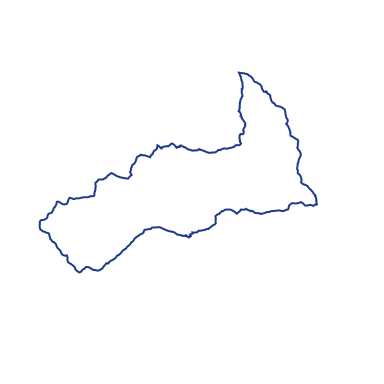 outline of Borca, Suceava, Romania, rotated 33°
{"feature_id": "2599482B12021264945319", "entity_name": "Borca", "entity_type": "district", "adm_level": 2, "iso_a3": "ROU", "parent_name": "Romania", "parent_adm1": "Suceava", "projection": "natural_earth1", "projection_center": [25.789, 47.198], "detail": "fine", "context": "isolated", "style": "outline", "palette": "blue", "viewbox_px": 384, "rotation_deg": 33, "n_neighbors": 0, "source": "geoboundaries", "source_scale": "gbopen_adm2", "svg_char_len": 6022}
<svg xmlns="http://www.w3.org/2000/svg" viewBox="0 0 384 384"><g transform="rotate(33 192 192)"><path d="M141.0,321.0L142.3,319.5L142.6,316.6L143.6,314.8L143.7,313.0L144.0,312.6L145.6,311.7L146.9,311.2L151.9,311.1L152.8,310.4L155.6,309.4L157.3,307.7L157.5,306.6L158.3,305.4L158.5,304.9L158.4,302.4L158.8,301.1L158.9,298.7L159.4,298.0L160.2,298.0L160.8,297.4L160.6,296.0L161.3,294.2L161.4,293.6L162.7,292.0L162.8,291.2L163.5,290.0L164.0,287.7L163.8,285.9L164.8,285.0L165.8,281.3L165.7,279.9L166.1,278.2L166.7,277.4L166.6,276.7L167.5,275.4L167.4,273.6L168.6,269.9L168.6,268.2L168.4,267.7L169.5,264.9L169.2,262.9L169.7,261.1L169.8,260.1L170.9,258.1L171.2,256.9L172.4,254.6L172.8,254.2L173.4,252.7L173.3,251.7L172.8,250.9L173.0,250.5L172.8,250.0L173.0,249.5L174.8,247.7L177.5,245.5L177.6,244.4L178.1,243.4L184.1,239.1L192.0,237.9L194.9,237.1L195.9,236.4L196.8,236.3L198.7,235.5L203.2,235.7L204.6,234.8L208.7,233.6L209.0,233.1L210.6,232.5L210.2,231.9L210.4,231.6L214.1,231.9L214.2,231.6L213.8,231.5L213.9,231.1L214.3,231.3L215.1,229.7L213.6,228.7L215.2,226.5L214.3,225.7L216.4,224.6L217.7,223.4L218.4,222.6L218.6,220.8L219.7,220.3L223.9,216.3L224.4,215.0L225.9,214.2L226.1,212.8L226.6,212.0L227.2,209.5L228.8,206.8L229.0,205.3L228.0,204.3L226.3,201.1L225.1,199.9L224.8,199.3L225.7,196.6L226.5,196.1L226.9,195.3L226.8,194.0L227.2,193.3L227.5,191.7L228.5,191.1L229.3,189.0L230.8,187.7L233.9,185.8L235.5,185.5L239.7,185.4L241.3,185.8L242.6,182.0L242.5,180.2L245.5,178.3L246.3,177.4L246.4,176.7L249.4,176.6L250.3,176.0L251.6,176.2L252.3,175.3L253.3,174.9L255.9,175.3L259.1,173.8L260.0,173.1L261.6,173.1L264.4,170.1L265.6,168.2L267.5,166.9L268.8,165.0L275.2,159.9L276.9,159.3L279.2,158.1L279.4,157.6L280.0,156.9L280.4,155.9L282.1,154.3L282.0,153.6L280.8,150.5L281.8,147.1L283.0,146.2L284.5,145.6L285.8,144.7L287.9,142.7L288.7,141.2L290.7,141.1L294.6,141.7L296.9,139.8L297.2,139.2L298.5,138.2L301.4,137.5L301.9,135.7L303.1,135.0L303.5,134.4L302.1,133.2L301.7,132.2L300.7,131.5L300.6,130.9L299.9,130.1L299.0,129.2L297.6,128.5L297.8,128.0L297.4,127.6L295.3,127.3L293.8,126.4L290.2,125.4L288.7,125.3L285.4,124.0L281.4,124.7L280.6,125.0L278.4,124.6L277.9,124.0L277.5,122.7L276.8,121.4L275.6,120.8L274.7,119.7L273.4,119.1L270.5,118.5L270.0,118.0L269.2,116.4L267.6,115.4L267.3,115.0L265.8,111.5L265.0,110.6L265.0,108.8L264.2,107.4L263.8,105.8L263.2,101.7L261.9,100.3L260.1,99.1L258.0,98.5L256.1,97.5L256.0,96.3L254.0,93.1L253.5,91.5L252.5,90.8L251.7,90.6L250.2,90.9L246.1,90.8L244.6,91.2L243.3,90.5L242.8,89.5L241.3,87.7L237.9,85.2L235.2,83.7L233.9,83.6L234.0,82.0L233.7,80.3L232.4,78.9L231.3,78.6L230.3,78.0L228.6,76.4L225.7,73.0L224.9,72.5L224.2,72.2L220.4,72.2L215.6,73.8L214.1,73.6L212.5,72.7L211.0,73.1L209.1,72.3L206.2,70.0L205.3,68.7L204.0,68.1L201.6,68.2L200.2,67.8L200.1,67.2L199.6,67.1L198.6,68.4L197.7,68.8L194.8,67.4L194.0,66.9L193.0,65.8L191.4,64.9L190.1,64.7L189.4,64.9L186.9,64.8L184.6,65.4L183.5,65.2L182.0,64.2L180.2,63.5L178.4,63.1L176.6,63.3L175.2,63.0L173.7,63.1L172.7,63.7L171.0,64.1L167.9,65.8L166.3,66.4L166.5,66.6L167.3,66.8L168.8,68.1L170.7,69.1L172.6,71.4L174.2,72.3L174.8,73.0L177.5,76.6L178.0,77.8L177.6,78.2L177.6,78.6L178.2,78.6L179.2,81.2L182.1,83.9L182.0,85.3L182.4,86.6L182.6,88.8L183.3,89.8L183.5,91.2L184.6,92.7L185.1,94.1L186.1,94.9L186.3,96.3L187.2,97.6L187.1,98.9L188.6,99.0L190.6,100.0L191.3,100.9L191.2,101.8L192.9,102.0L193.3,102.5L193.5,103.2L194.2,103.2L196.3,104.0L199.7,105.6L199.8,107.0L200.5,107.5L200.7,108.0L201.0,111.5L201.2,112.2L201.8,112.8L202.6,113.1L203.3,115.1L203.2,115.9L201.2,116.9L201.3,117.4L201.0,118.0L201.8,119.9L202.7,121.4L203.5,121.9L204.9,123.8L206.1,124.2L206.8,124.9L206.5,126.5L205.6,127.5L203.9,128.3L203.1,129.5L202.9,129.6L202.9,130.9L202.1,131.7L201.2,133.3L199.8,134.2L199.1,135.3L197.1,137.1L195.7,137.6L194.8,138.3L193.5,140.1L192.7,141.7L191.5,142.1L191.0,142.7L191.0,144.0L189.8,146.2L188.6,147.0L188.1,147.7L187.2,147.9L186.2,149.1L184.2,150.1L181.9,150.7L180.1,150.8L177.8,151.6L174.7,152.1L174.2,152.6L174.5,153.2L173.2,154.7L172.3,155.0L171.6,155.8L170.3,156.6L169.7,157.2L166.8,157.8L165.5,158.4L161.4,158.3L160.5,158.9L157.6,158.8L156.8,159.5L156.6,160.2L157.1,160.6L156.7,160.9L156.9,161.0L155.6,162.3L155.4,162.1L155.1,162.3L154.9,162.6L155.2,163.1L154.9,163.4L152.9,162.4L149.2,162.0L148.6,162.9L148.3,162.9L147.4,166.2L147.0,166.8L146.6,166.7L143.2,169.8L142.4,171.1L142.4,171.4L142.8,171.9L142.4,172.3L139.4,171.6L137.6,171.6L138.9,174.8L138.5,177.0L137.7,178.4L138.0,180.3L137.9,181.0L138.4,181.5L137.7,183.4L137.7,184.9L138.0,185.5L132.1,187.1L130.5,188.2L129.6,188.2L128.7,188.8L128.4,189.0L128.6,189.9L127.8,190.7L126.9,192.5L127.0,194.1L127.6,195.1L127.6,195.5L128.1,197.1L128.1,199.9L127.4,201.2L127.3,202.6L127.9,203.8L127.8,204.8L129.0,207.4L129.1,209.0L132.1,210.5L131.4,212.8L131.1,215.6L126.8,217.7L126.1,217.8L123.5,218.9L122.7,218.9L120.9,219.5L114.4,219.9L113.9,220.2L113.5,221.2L113.5,221.8L112.3,224.5L112.1,227.3L111.3,228.2L110.3,230.2L107.2,232.1L106.8,232.9L106.7,235.1L106.0,236.7L106.9,238.4L108.1,239.4L108.7,241.0L109.4,242.1L110.3,244.3L110.2,244.7L110.8,246.2L111.9,247.9L111.9,248.6L110.5,250.1L109.2,250.6L108.4,252.2L106.3,254.0L104.1,255.3L100.7,258.8L98.0,260.6L97.3,262.0L96.8,262.3L92.6,263.4L92.4,263.7L92.5,265.3L93.3,268.1L93.5,269.7L93.2,270.5L92.4,271.4L90.3,272.7L85.8,272.7L84.7,273.1L84.1,273.7L84.1,274.2L85.0,276.3L85.2,278.8L84.8,280.9L85.5,283.1L85.4,284.5L85.7,285.7L85.6,286.0L83.9,287.9L83.6,288.5L83.7,290.2L84.5,292.2L84.5,293.1L83.5,295.3L82.5,296.4L80.8,297.8L80.5,298.7L80.8,300.4L82.0,301.8L82.2,302.8L83.7,304.7L84.7,305.7L85.3,306.0L88.3,306.2L90.7,305.5L91.8,305.6L93.5,304.8L94.9,304.8L95.7,305.8L96.9,306.7L98.7,308.6L100.5,308.9L102.4,309.7L102.7,309.4L103.5,309.2L106.3,309.8L108.5,311.6L109.7,312.2L113.2,312.8L114.2,313.3L115.0,314.1L117.0,315.1L117.5,315.2L119.6,314.8L120.5,314.4L121.6,313.3L123.3,314.8L123.7,315.7L124.9,317.3L126.4,318.3L127.0,318.5L129.0,318.3L131.5,318.4L134.7,318.9L135.8,320.1L137.1,320.6L141.0,321.0Z" fill="none" stroke="#1e3a8a" stroke-width="2"/></g></svg>